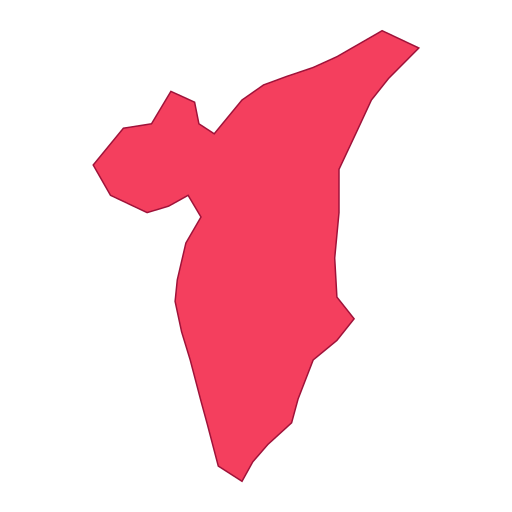 outline of Kato Moni, Nicosia, Cyprus
{"feature_id": "46923920B54828967689264", "entity_name": "Kato Moni", "entity_type": "district", "adm_level": 2, "iso_a3": "CYP", "parent_name": "Cyprus", "parent_adm1": "Nicosia", "projection": "orthographic", "projection_center": [33.089, 35.054], "detail": "fine", "context": "isolated", "style": "filled", "palette": "rose", "viewbox_px": 512, "rotation_deg": 0, "n_neighbors": 0, "source": "geoboundaries", "source_scale": "gbopen_adm2", "svg_char_len": 638}
<svg xmlns="http://www.w3.org/2000/svg" viewBox="0 0 512 512"><path d="M382.1,30.7L336.9,56.7L313.1,67.5L287.3,76.2L263.6,84.9L242.0,100.0L214.2,133.8L198.9,123.8L194.6,102.2L170.9,91.4L151.5,123.8L123.4,128.2L93.2,165.0L110.5,195.3L147.1,212.6L168.7,206.1L188.1,195.3L201.0,217.0L185.9,243.0L177.3,279.8L175.1,301.4L181.6,331.8L190.2,359.9L201.0,401.1L207.5,424.9L218.3,466.1L242.0,481.3L252.8,461.8L267.9,444.4L291.6,422.8L298.1,398.9L313.2,359.9L336.9,340.4L354.1,318.8L336.9,297.1L334.7,258.1L339.0,212.6L339.0,169.3L356.3,132.5L371.4,100.0L388.6,78.4L418.8,48.0L382.1,30.7Z" fill="#f43f5e" stroke="#9f1239" stroke-width="1.5"/></svg>